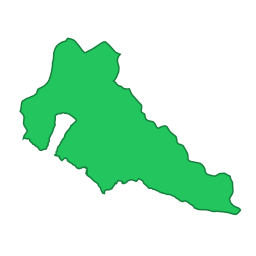 the district of Lapusnicel, Caras-Severin, Romania, rotated 176°
{"feature_id": "2599482B99041788642563", "entity_name": "Lapusnicel", "entity_type": "district", "adm_level": 2, "iso_a3": "ROU", "parent_name": "Romania", "parent_adm1": "Caras-Severin", "projection": "robinson", "projection_center": [22.192, 45.003], "detail": "fine", "context": "isolated", "style": "filled", "palette": "green", "viewbox_px": 256, "rotation_deg": 176, "n_neighbors": 0, "source": "geoboundaries", "source_scale": "gbopen_adm2", "svg_char_len": 5788}
<svg xmlns="http://www.w3.org/2000/svg" viewBox="0 0 256 256"><g transform="rotate(176 128 128)"><path d="M233.1,124.6L232.3,125.0L232.1,125.0L230.7,124.7L229.4,124.2L227.9,124.3L227.3,124.1L227.0,123.6L226.9,122.3L226.7,121.8L226.0,121.2L225.4,120.2L225.0,120.1L224.6,119.8L224.3,118.9L224.1,118.6L223.5,118.3L222.6,118.0L222.2,117.8L222.0,117.5L221.9,117.0L221.4,116.4L220.9,116.1L219.6,115.4L218.5,113.7L218.0,112.7L217.8,112.4L217.3,112.1L216.4,111.8L215.5,111.9L214.5,112.3L213.4,112.6L210.9,112.9L210.8,113.2L210.7,113.6L210.5,114.4L210.1,114.8L208.8,116.7L208.9,117.1L209.0,117.6L208.8,118.0L207.9,119.9L207.4,120.5L207.4,122.0L207.3,123.2L207.1,123.7L206.8,124.1L206.3,124.6L206.3,125.0L206.3,125.3L206.1,125.5L206.0,125.8L205.6,126.2L205.4,126.6L204.9,127.2L204.2,128.2L203.9,129.1L203.3,129.9L202.9,131.3L202.5,132.2L202.3,132.8L201.5,134.4L201.0,135.1L200.4,136.4L200.4,136.6L200.7,137.1L200.9,138.8L200.5,139.2L199.8,142.8L200.0,144.4L200.0,144.8L199.9,145.0L198.7,146.2L196.8,147.1L196.4,147.2L193.8,147.0L192.0,147.9L190.4,147.5L190.0,147.1L189.0,147.2L188.6,146.9L187.7,146.7L185.6,145.9L182.5,143.3L179.6,140.6L178.9,139.1L179.6,138.2L183.6,135.0L184.9,134.1L185.1,133.4L185.8,132.2L187.1,130.6L187.7,130.2L188.7,129.0L189.7,128.2L191.4,125.6L191.8,124.0L192.4,122.8L193.1,122.0L193.5,121.8L194.2,121.1L194.3,120.8L195.2,119.1L195.6,119.0L195.7,118.5L196.2,118.0L196.1,117.8L197.0,116.4L197.7,115.4L198.9,114.4L199.2,113.8L200.2,111.5L200.2,110.4L200.3,110.1L201.1,109.6L201.3,109.2L201.4,108.4L201.5,106.9L201.8,106.6L202.9,106.2L202.4,105.6L200.1,105.1L198.5,104.5L198.3,104.2L198.6,103.4L198.6,103.1L198.4,102.8L196.4,100.1L196.1,100.2L194.3,101.7L193.2,102.3L192.2,102.1L191.1,101.7L190.9,101.4L190.8,101.2L190.8,100.3L190.7,99.7L190.2,99.1L187.8,97.3L186.6,96.7L186.1,96.2L185.6,95.5L185.1,95.0L183.5,94.3L182.8,93.2L181.4,91.5L179.7,90.8L179.0,91.1L177.7,91.3L177.0,91.3L176.8,91.6L176.1,92.0L175.3,91.8L174.7,92.0L173.6,91.6L173.0,91.0L172.7,91.1L172.7,91.5L172.4,91.2L172.4,90.9L172.3,90.7L172.0,90.7L171.8,90.8L171.7,90.8L171.6,90.6L171.9,90.0L171.9,89.9L171.6,89.7L171.7,88.9L171.9,88.6L172.3,88.4L172.2,88.1L171.8,88.1L171.7,87.7L171.8,87.5L172.0,87.5L172.8,87.0L172.9,86.6L172.8,86.4L172.5,86.4L172.3,86.1L172.1,86.2L171.9,85.8L171.9,85.7L172.6,85.6L172.4,85.3L172.6,85.2L172.1,85.0L172.1,84.7L171.9,84.5L171.9,84.4L172.1,83.9L171.8,83.5L171.3,83.2L171.2,83.0L168.9,81.2L165.6,77.5L162.8,75.3L161.8,74.2L161.8,73.6L161.4,72.6L161.0,71.9L159.8,70.5L159.6,70.2L159.4,69.4L159.3,68.5L158.8,67.1L157.7,64.7L156.0,64.3L156.1,65.6L156.0,66.0L155.5,66.9L154.9,67.4L153.3,67.9L151.3,67.6L150.8,67.8L149.6,68.3L148.6,68.4L148.0,69.0L147.9,69.4L147.5,70.0L145.6,72.1L145.4,72.5L145.1,72.9L144.7,74.0L144.0,73.3L143.8,73.2L143.5,73.3L143.3,73.5L142.9,74.5L142.4,75.2L142.1,75.5L141.4,76.0L139.6,75.9L138.9,75.7L138.5,75.5L137.0,74.6L137.0,74.4L137.7,73.8L137.7,73.6L137.6,73.4L137.0,73.0L136.0,72.9L135.8,72.9L135.2,73.3L134.6,73.3L133.3,73.8L132.6,74.8L132.1,75.1L130.8,75.7L129.4,75.9L128.6,76.1L127.5,76.1L125.3,75.0L125.0,74.8L123.6,74.3L123.0,74.5L122.4,75.1L122.2,75.4L121.6,76.1L120.9,76.6L120.4,76.6L119.8,76.2L119.3,75.7L118.6,75.5L118.1,75.0L117.4,74.6L117.1,74.3L116.4,73.2L116.3,72.6L116.3,72.2L116.1,71.8L115.7,71.2L115.1,70.8L113.9,69.6L112.8,68.3L112.6,68.1L112.0,67.2L111.4,66.6L110.8,66.4L109.9,66.4L109.2,66.6L108.3,66.0L107.4,65.2L106.1,65.0L105.5,64.8L104.2,63.8L102.7,63.3L100.8,61.9L99.7,61.4L99.3,61.3L98.6,61.0L97.9,60.5L95.8,60.1L93.8,59.1L93.3,59.0L92.2,59.0L90.0,58.4L89.3,58.0L88.6,57.4L86.7,56.7L85.8,56.0L84.8,54.7L83.0,53.7L81.1,51.9L78.6,50.7L77.5,51.1L75.9,51.2L74.6,50.9L74.0,50.1L73.0,49.4L71.2,47.8L68.6,46.0L67.0,43.5L63.4,41.8L59.6,41.3L57.3,41.2L53.8,40.6L48.6,38.7L45.0,38.7L39.0,37.8L34.1,36.7L28.0,34.5L26.8,34.4L25.4,34.7L24.2,35.5L21.6,38.1L22.0,39.1L22.8,40.0L23.8,40.7L25.5,41.4L27.1,42.3L28.7,43.6L30.8,46.3L31.5,48.6L31.7,50.3L30.9,51.8L29.1,54.2L27.9,56.6L27.7,58.3L27.6,66.1L27.9,67.3L28.7,68.9L29.3,70.6L29.5,72.6L30.3,73.3L32.7,74.5L33.8,75.5L35.1,76.2L39.6,76.1L40.7,75.7L42.5,74.7L44.4,74.0L46.3,74.2L50.4,75.5L52.8,76.6L53.1,77.1L53.5,78.1L53.9,79.0L54.3,81.9L55.1,83.9L56.6,86.1L58.5,87.7L62.6,88.9L66.7,89.9L68.9,90.7L70.0,92.0L70.4,93.4L70.2,95.5L70.3,97.7L71.1,100.0L74.0,106.0L74.8,106.9L78.9,108.7L80.1,110.4L80.1,111.9L80.2,113.4L80.5,114.9L80.9,116.3L83.7,118.8L86.4,121.5L89.0,126.4L90.4,127.4L91.6,127.5L92.9,127.3L94.2,127.0L96.3,126.3L97.0,125.8L98.6,125.9L99.6,127.3L100.8,130.2L102.1,132.1L103.0,132.6L107.0,133.8L107.9,134.1L109.4,135.6L110.2,137.5L110.2,139.3L110.6,140.9L112.1,141.8L113.4,142.9L113.7,144.0L113.5,145.4L113.0,146.8L112.9,149.6L113.4,150.5L115.9,153.4L118.5,156.9L121.2,160.3L122.3,162.3L124.0,167.0L125.3,166.8L127.2,167.1L129.0,167.5L130.5,168.4L131.2,169.3L132.1,170.0L133.2,170.5L134.5,170.8L135.3,171.6L137.4,174.4L139.2,176.0L137.7,177.2L136.5,178.7L136.1,179.2L134.7,182.2L133.5,184.4L133.1,186.9L132.8,189.5L133.8,194.3L133.9,196.4L133.3,198.3L132.4,200.2L130.6,202.1L132.6,203.0L134.5,204.0L136.0,205.4L138.8,209.1L141.7,212.7L144.5,215.4L145.5,215.6L146.7,215.4L148.8,214.4L158.2,209.1L163.0,207.2L165.2,206.1L166.5,206.5L168.6,209.1L170.1,211.7L171.8,214.2L173.6,216.7L175.5,219.1L177.7,220.3L180.2,221.2L181.9,221.6L184.2,219.0L186.3,218.6L188.4,218.0L191.6,216.2L193.8,214.3L195.5,211.4L196.7,208.2L197.7,201.3L198.8,198.1L199.0,195.1L200.2,190.0L201.5,185.9L203.1,181.8L204.6,179.5L206.3,177.7L208.2,176.1L211.8,174.3L214.0,173.5L215.2,172.8L217.1,168.5L219.9,166.7L223.0,165.8L224.5,165.0L226.7,164.6L231.1,162.3L232.0,161.3L232.7,158.5L233.7,153.5L234.4,152.2L231.9,149.1L231.4,148.1L231.0,146.9L231.0,144.9L231.9,140.1L231.5,138.0L230.0,135.1L228.6,132.2L229.4,130.9L230.2,129.7L232.2,127.5L233.1,124.6Z" fill="#22c55e" stroke="#15803d" stroke-width="1.5"/></g></svg>